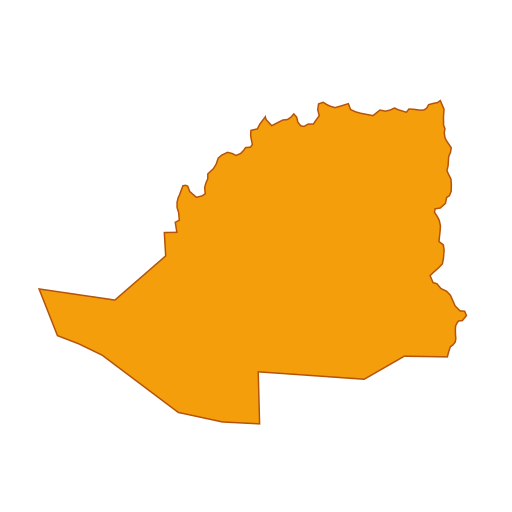 outline of Kuala Krai, Kelantan, Malaysia, rotated 4°
{"feature_id": "92858781B31305353938168", "entity_name": "Kuala Krai", "entity_type": "district", "adm_level": 2, "iso_a3": "MYS", "parent_name": "Malaysia", "parent_adm1": "Kelantan", "projection": "albers", "projection_center": [102.231, 5.431], "detail": "fine", "context": "isolated", "style": "filled", "palette": "amber", "viewbox_px": 512, "rotation_deg": 4, "n_neighbors": 0, "source": "geoboundaries", "source_scale": "gbopen_adm2", "svg_char_len": 1987}
<svg xmlns="http://www.w3.org/2000/svg" viewBox="0 0 512 512"><g transform="rotate(4 256 256)"><path d="M255.6,116.5L250.7,124.0L248.5,129.1L242.2,131.0L242.2,135.9L243.1,139.8L244.6,144.9L242.9,147.8L238.0,148.6L236.3,151.5L233.4,154.9L229.0,157.1L225.1,155.4L220.3,154.6L214.7,157.8L211.5,161.0L209.8,167.3L207.4,171.9L204.4,175.1L202.2,177.5L202.5,182.4L201.0,186.5L200.0,191.1L201.0,197.5L197.8,199.9L192.5,201.6L190.8,200.4L185.4,196.3L183.0,191.1L180.8,190.4L178.2,191.0L175.1,201.4L174.3,203.3L173.5,207.8L173.9,213.2L175.8,218.1L177.0,225.7L173.1,228.0L175.4,237.9L162.9,239.0L165.9,262.2L118.3,309.8L41.9,304.0L63.5,349.3L85.6,356.1L109.5,365.7L189.4,417.5L234.0,423.9L271.3,423.2L266.3,371.4L372.5,371.4L410.9,345.6L453.9,343.3L455.0,337.6L456.2,333.0L458.5,331.1L460.7,328.0L461.1,324.6L460.4,319.7L460.0,315.1L460.0,311.7L461.5,308.3L462.6,306.7L466.4,306.0L470.1,300.7L468.0,296.5L463.4,296.5L458.1,291.9L452.7,281.6L448.5,277.8L442.8,275.6L438.3,271.0L434.5,270.2L431.0,263.4L434.1,260.0L439.0,255.0L442.5,250.8L443.2,244.7L443.2,236.8L442.1,231.8L437.5,228.8L437.9,218.1L437.9,213.2L436.4,207.8L434.1,204.0L431.0,199.9L431.4,196.4L436.4,195.3L441.3,190.3L442.1,184.3L444.7,182.4L446.2,177.8L445.9,171.3L445.1,165.6L442.8,161.8L440.5,157.6L441.3,152.7L441.3,147.0L441.3,143.2L442.8,139.0L443.2,134.4L437.9,127.6L436.3,124.9L435.2,120.0L435.6,115.8L434.0,112.4L433.3,104.0L433.3,100.2L433.3,96.4L429.0,88.1L426.4,90.3L421.9,91.5L417.7,93.0L415.8,96.8L413.1,98.7L409.3,99.1L404.4,98.7L398.3,98.7L396.0,102.1L387.7,100.2L383.9,98.7L379.7,101.0L375.1,102.5L369.4,101.8L362.9,107.8L350.4,106.3L345.1,105.2L340.1,103.3L337.5,97.6L328.7,101.0L324.5,102.5L319.6,101.4L315.8,99.9L312.4,98.0L307.8,99.9L307.4,105.9L309.3,111.6L307.0,115.4L305.5,117.7L304.0,120.4L298.7,120.8L294.9,123.4L291.5,123.0L288.4,119.6L286.9,114.7L283.8,111.6L281.2,115.1L277.8,117.7L273.2,118.5L262.6,124.9L256.5,119.2L255.7,117.0L255.6,116.5Z" fill="#f59e0b" stroke="#b45309" stroke-width="1.5"/></g></svg>